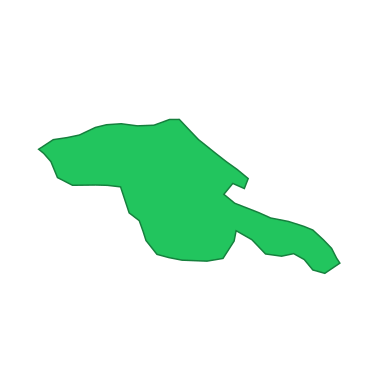 the district of Melanarga, Cyprus, rotated 191°
{"feature_id": "46923920B8194209200989", "entity_name": "Melanarga", "entity_type": "district", "adm_level": 2, "iso_a3": "CYP", "parent_name": "Cyprus", "parent_adm1": "", "projection": "mercator", "projection_center": [34.202, 35.508], "detail": "fine", "context": "isolated", "style": "filled", "palette": "green", "viewbox_px": 384, "rotation_deg": 191, "n_neighbors": 0, "source": "geoboundaries", "source_scale": "gbopen_adm2", "svg_char_len": 831}
<svg xmlns="http://www.w3.org/2000/svg" viewBox="0 0 384 384"><g transform="rotate(191 192 192)"><path d="M350.7,204.7L344.9,201.6L336.3,194.9L326.8,180.5L310.6,175.8L287.8,180.5L276.4,182.4L263.1,183.4L249.7,159.5L238.3,153.8L232.6,144.2L227.9,135.6L214.5,124.1L202.2,123.2L188.8,123.2L164.1,127.0L148.9,132.7L141.3,151.9L141.3,162.4L124.1,156.6L108.0,145.2L91.8,146.1L80.4,150.9L68.9,147.1L58.5,138.5L46.1,137.5L33.3,150.4L37.5,154.7L44.2,163.3L53.7,170.0L66.1,177.7L75.6,179.6L91.8,181.5L109.9,181.5L122.2,184.4L147.9,189.1L160.3,195.8L153.6,208.2L141.3,205.4L139.4,215.9L151.7,222.6L164.1,228.3L175.5,234.1L195.5,244.6L205.0,251.3L218.3,260.8L227.9,258.9L242.1,250.3L258.3,246.5L274.5,245.5L288.8,241.7L299.2,236.9L313.5,226.4L324.9,221.6L338.2,216.9L350.7,204.7Z" fill="#22c55e" stroke="#15803d" stroke-width="1.5"/></g></svg>